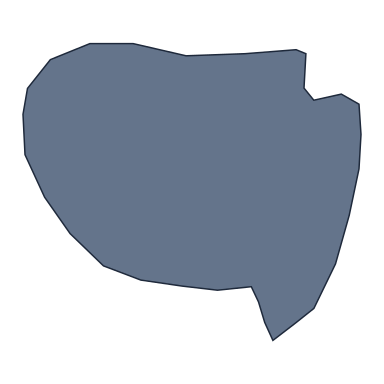 the Capital District of Niamey
{"feature_id": "NER-94", "entity_name": "Niamey", "entity_type": "Capital District", "adm_level": 1, "iso_a3": "NER", "parent_name": "Niger", "parent_adm1": "", "projection": "albers", "projection_center": [2.146, 13.496], "detail": "fine", "context": "isolated", "style": "filled", "palette": "slate", "viewbox_px": 384, "rotation_deg": 0, "n_neighbors": 0, "source": "natural_earth", "source_scale": "10m", "svg_char_len": 486}
<svg xmlns="http://www.w3.org/2000/svg" viewBox="0 0 384 384"><path d="M133.1,43.6L186.1,55.8L245.0,53.7L296.1,49.7L305.9,53.7L304.0,88.1L313.8,100.2L341.3,94.1L359.0,104.2L361.0,134.5L359.0,168.9L349.2,215.4L335.5,263.9L313.9,308.4L296.2,322.5L272.9,340.4L264.7,322.4L258.5,301.9L251.3,286.7L217.5,290.2L182.2,286.1L140.9,280.1L103.5,265.9L70.1,233.6L44.6,197.2L25.0,154.7L23.0,114.3L27.5,88.4L50.4,59.6L89.9,43.6L133.1,43.6Z" fill="#64748b" stroke="#1e293b" stroke-width="1.5"/></svg>